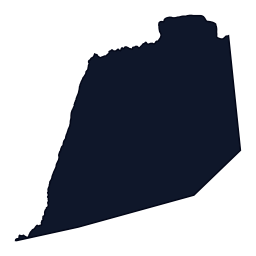 the district of Saravena, Arauca, Colombia
{"feature_id": "7082276B82092326116351", "entity_name": "Saravena", "entity_type": "district", "adm_level": 2, "iso_a3": "COL", "parent_name": "Colombia", "parent_adm1": "Arauca", "projection": "equal_earth", "projection_center": [-71.958, 6.906], "detail": "fine", "context": "isolated", "style": "filled", "palette": "ink", "viewbox_px": 256, "rotation_deg": 0, "n_neighbors": 0, "source": "geoboundaries", "source_scale": "gbopen_adm2", "svg_char_len": 5504}
<svg xmlns="http://www.w3.org/2000/svg" viewBox="0 0 256 256"><path d="M15.6,240.5L16.5,240.6L78.4,227.0L193.9,195.1L240.4,150.3L228.5,35.8L228.1,36.0L226.1,36.2L225.5,36.7L225.0,37.3L224.2,37.9L223.6,38.6L222.8,38.9L222.2,39.1L221.2,39.0L220.0,38.8L217.2,37.7L216.8,37.1L216.6,36.4L216.6,35.5L216.7,34.1L216.5,32.2L216.6,29.5L216.5,28.0L216.2,26.4L215.8,25.4L215.6,24.1L215.0,23.6L214.0,23.0L212.7,22.4L210.3,21.8L209.1,21.6L207.0,21.4L206.7,21.2L206.3,21.0L205.4,19.6L204.9,18.7L204.4,17.9L204.0,17.6L203.5,16.8L202.3,16.1L201.4,15.8L200.6,15.7L197.5,15.7L196.0,15.7L195.3,15.7L193.5,15.7L191.4,15.4L189.8,15.4L187.3,15.8L186.0,16.2L185.1,16.3L184.2,16.2L182.2,16.3L179.1,17.1L177.6,17.2L176.2,17.6L175.2,17.8L174.2,17.9L172.8,17.9L171.3,17.4L169.7,17.3L168.0,17.6L166.3,18.1L164.9,19.0L164.2,20.1L164.1,21.0L163.9,21.6L163.2,21.9L161.6,21.6L160.7,21.7L159.7,22.2L159.1,22.9L158.8,25.1L159.1,26.2L159.1,27.4L159.2,28.8L159.7,31.5L160.0,32.1L160.5,32.9L160.9,33.8L161.1,35.0L161.1,35.9L160.3,38.0L160.0,38.5L159.5,39.1L158.9,40.0L158.6,40.8L158.2,41.0L157.8,41.1L157.5,41.2L157.0,41.2L156.6,41.3L156.0,41.7L155.6,42.5L155.1,43.2L154.3,43.9L153.3,43.9L152.1,43.3L151.4,43.5L150.4,43.5L149.6,43.9L149.0,44.0L148.6,44.3L147.9,44.3L147.2,44.0L147.0,43.7L146.6,43.2L146.1,42.5L145.5,42.4L144.7,43.3L144.1,43.8L143.7,43.9L143.3,43.8L142.2,45.1L141.9,45.6L141.2,46.1L140.6,46.7L139.9,47.6L139.0,48.0L138.3,47.7L137.9,47.1L137.2,46.5L136.3,46.4L135.5,46.5L134.5,47.3L133.4,47.3L132.8,47.5L132.6,48.2L132.5,48.9L131.9,49.3L131.2,49.0L130.4,48.8L129.9,48.8L129.3,48.6L129.0,48.4L128.1,47.8L127.7,47.6L127.2,47.4L126.0,46.9L125.5,47.0L124.7,47.3L124.1,48.4L123.2,48.5L122.8,48.5L122.3,48.3L122.1,47.9L121.7,48.1L121.2,49.0L121.0,49.6L120.8,50.2L120.4,50.7L120.2,50.7L119.8,50.6L119.4,50.4L119.0,50.1L118.6,49.9L118.4,49.4L118.0,49.3L117.5,49.5L117.1,49.9L116.7,50.4L116.2,50.8L115.5,51.0L115.0,51.1L114.5,51.1L113.3,51.0L112.8,50.5L112.3,50.0L111.6,50.0L111.1,50.7L110.4,51.0L109.5,51.3L109.1,51.7L109.2,52.5L109.0,53.3L108.7,53.7L107.9,54.2L107.0,55.0L106.4,55.6L105.8,56.1L104.5,56.1L104.1,56.2L103.5,56.6L102.5,56.9L102.0,57.0L101.6,57.3L100.5,57.7L100.0,57.7L98.8,56.9L98.5,56.7L97.9,56.3L97.2,55.4L97.0,54.8L96.0,54.5L95.4,54.4L94.7,54.0L94.4,54.7L94.3,55.3L94.2,55.7L93.9,56.0L93.7,56.2L93.5,56.5L93.3,57.0L93.0,57.3L92.6,57.6L91.8,57.9L91.3,58.2L90.9,58.7L90.3,59.7L90.0,60.0L89.2,60.5L88.8,60.9L88.6,61.6L88.6,61.9L88.7,62.4L89.0,62.8L89.2,63.3L89.1,64.0L88.9,64.6L88.5,65.3L88.5,65.6L88.5,66.3L88.3,66.8L88.1,68.2L87.9,69.3L87.5,70.2L87.0,70.6L86.6,71.1L86.2,71.6L86.0,72.1L86.0,72.8L85.9,73.5L85.5,74.4L84.8,75.4L84.2,76.5L83.1,77.8L82.6,79.2L81.2,82.0L80.8,83.3L80.2,84.5L79.9,86.0L79.6,86.5L79.3,89.3L78.9,91.1L78.6,92.6L78.2,93.8L76.9,96.9L76.7,97.7L76.4,98.1L76.3,98.5L76.2,99.5L76.1,99.8L76.0,100.1L75.5,101.0L75.5,101.3L75.4,101.8L75.1,102.1L75.0,102.4L74.8,102.9L74.7,103.6L74.6,103.9L74.5,104.1L74.3,104.3L74.3,104.7L74.5,105.1L74.5,105.4L74.4,105.8L73.9,106.8L73.6,107.5L73.3,108.1L73.1,108.5L72.9,109.3L72.8,109.6L72.3,110.1L72.1,110.4L72.0,111.2L71.7,111.7L71.6,112.2L71.4,112.7L71.3,113.4L71.1,115.7L71.1,117.6L70.9,119.0L70.8,119.6L70.6,120.1L70.4,121.4L70.3,123.9L70.0,124.7L69.8,126.1L69.5,126.7L69.2,127.4L68.3,129.3L68.0,130.5L67.4,132.2L67.1,133.3L66.4,134.8L65.9,136.6L65.6,138.6L65.4,138.9L64.9,139.6L64.7,140.0L64.0,140.9L63.8,141.5L63.5,142.6L63.4,143.1L63.2,144.8L63.1,145.5L62.0,146.5L61.5,147.4L61.4,147.9L60.9,149.0L60.8,149.6L60.8,150.0L60.5,150.8L60.4,151.1L60.0,151.5L59.7,152.1L59.2,153.7L59.0,154.2L58.9,154.7L58.8,155.2L59.0,156.4L59.1,157.5L59.0,158.3L58.6,160.0L57.9,161.4L57.3,162.6L57.0,163.3L56.7,163.9L56.4,164.7L56.2,166.4L55.9,167.5L54.8,169.9L53.7,172.2L53.1,174.0L52.7,174.9L52.3,176.0L52.1,176.7L52.0,177.7L51.7,178.6L51.5,179.2L50.9,180.3L49.9,181.9L49.8,183.6L49.4,184.7L49.4,185.5L49.3,186.0L49.2,186.4L48.5,188.0L48.3,188.5L48.1,189.5L48.1,189.8L48.1,190.2L48.5,191.0L48.5,191.3L48.3,191.7L47.9,192.1L47.8,192.3L47.7,192.5L47.8,192.9L47.9,193.3L48.0,193.8L48.5,194.7L48.5,194.9L48.5,195.2L48.3,195.7L47.9,196.2L47.8,196.4L47.7,196.8L47.7,197.1L48.4,198.1L48.4,198.7L48.3,199.2L48.3,199.6L48.5,200.3L48.6,201.0L48.6,201.4L48.1,201.9L47.9,202.3L47.8,202.8L47.9,203.4L48.1,204.0L48.3,204.9L48.3,205.2L48.3,205.7L48.2,206.0L48.1,206.4L47.9,206.8L47.6,207.1L47.4,207.3L46.8,207.6L46.5,207.9L46.4,208.2L46.4,208.4L46.4,209.1L46.4,209.3L46.1,209.5L45.7,209.7L45.6,209.8L45.3,210.3L45.1,210.9L44.8,211.8L44.7,212.4L44.7,213.2L44.8,213.8L44.8,214.0L44.8,214.3L44.6,215.0L44.4,215.5L44.2,215.9L44.0,216.0L43.4,216.2L43.1,216.4L43.1,216.8L43.0,217.7L42.9,218.6L43.0,218.9L43.2,219.2L43.3,219.4L43.2,220.1L43.0,220.3L42.5,220.3L42.1,220.5L42.0,220.8L41.9,221.3L41.4,222.5L41.4,222.8L41.5,223.3L41.6,223.5L41.7,224.0L41.6,224.5L41.4,224.9L41.3,225.0L41.1,225.1L39.9,225.4L39.3,225.8L39.1,226.0L38.4,226.0L37.8,225.6L37.6,225.5L37.2,225.4L36.9,225.5L36.7,225.7L35.6,227.0L35.2,227.6L34.9,228.1L34.5,228.6L33.8,229.2L33.5,229.4L33.1,229.5L32.4,229.9L32.0,230.5L31.8,230.8L30.6,232.1L30.2,232.7L29.7,234.0L29.3,234.5L28.9,235.9L28.3,236.8L28.0,237.2L27.8,237.4L26.9,237.4L26.5,237.2L25.8,236.9L25.5,236.6L24.6,236.3L24.4,236.1L24.0,235.7L23.8,235.5L23.5,235.3L23.3,235.3L23.1,235.4L22.9,235.8L22.7,235.9L21.8,235.8L20.6,235.8L20.2,235.6L20.0,235.4L19.7,235.3L19.3,235.7L19.2,236.1L19.1,236.8L19.0,237.9L18.9,238.2L18.8,238.5L18.2,238.7L17.9,238.7L17.2,238.8L16.5,239.0L16.2,239.2L15.7,239.7L15.7,240.0L15.6,240.5Z" fill="#0f172a" stroke="#020617" stroke-width="1.5"/></svg>